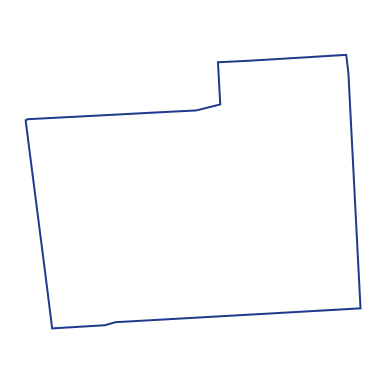 outline of Smith, Mississippi, United States of America, rotated 87°
{"feature_id": "52423323B69277381036205", "entity_name": "Smith", "entity_type": "district", "adm_level": 2, "iso_a3": "USA", "parent_name": "United States of America", "parent_adm1": "Mississippi", "projection": "mercator", "projection_center": [-89.556, 32.002], "detail": "fine", "context": "isolated", "style": "outline", "palette": "blue", "viewbox_px": 384, "rotation_deg": 87, "n_neighbors": 0, "source": "geoboundaries", "source_scale": "gbopen_adm2", "svg_char_len": 347}
<svg xmlns="http://www.w3.org/2000/svg" viewBox="0 0 384 384"><g transform="rotate(87 192 192)"><path d="M317.0,29.8L81.4,29.6L63.5,30.8L63.1,30.9L63.9,127.3L63.8,159.3L106.0,159.2L110.8,183.8L110.7,212.4L110.7,352.2L111.7,354.4L268.2,342.6L320.9,338.8L320.5,285.9L318.0,275.3L317.0,29.8Z" fill="none" stroke="#1e3a8a" stroke-width="2"/></g></svg>